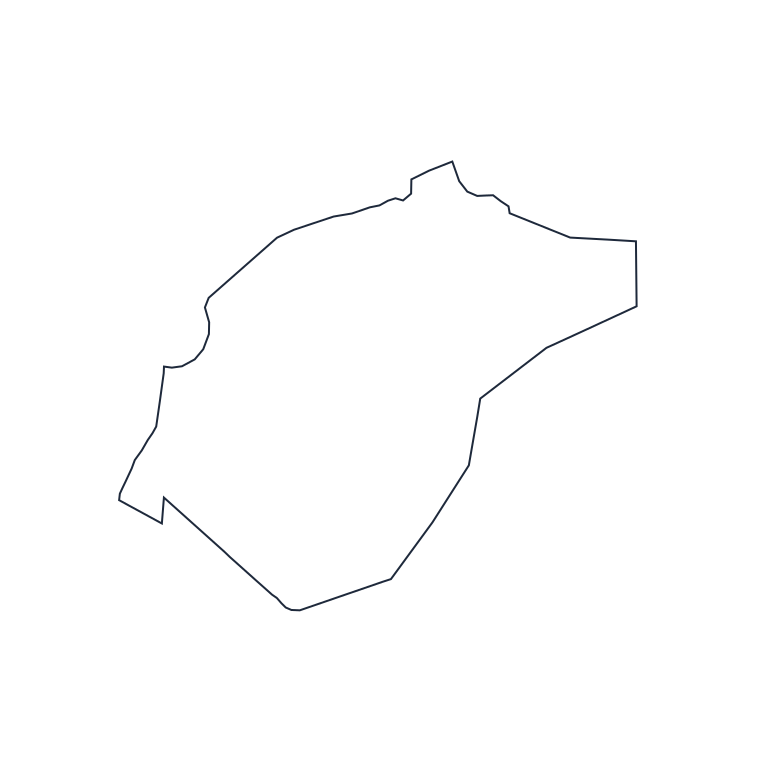 outline of Cocal dos Alves, Piauí, Brazil, rotated 244°
{"feature_id": "56859067B52920655521033", "entity_name": "Cocal dos Alves", "entity_type": "district", "adm_level": 2, "iso_a3": "BRA", "parent_name": "Brazil", "parent_adm1": "Piauí", "projection": "equal_earth", "projection_center": [-41.408, -3.638], "detail": "fine", "context": "isolated", "style": "outline", "palette": "slate", "viewbox_px": 768, "rotation_deg": 244, "n_neighbors": 0, "source": "geoboundaries", "source_scale": "gbopen_adm2", "svg_char_len": 1016}
<svg xmlns="http://www.w3.org/2000/svg" viewBox="0 0 768 768"><g transform="rotate(244 384 384)"><path d="M205.6,304.7L238.4,366.9L273.7,424.6L281.2,430.0L292.0,437.8L313.7,453.5L328.7,464.1L345.3,545.9L344.4,582.6L343.1,645.1L401.8,673.0L414.9,649.8L434.0,615.5L482.4,571.8L489.1,573.8L497.1,569.1L505.8,564.8L508.8,558.1L512.2,550.2L520.4,543.2L533.3,540.5L554.0,542.9L556.0,518.0L555.9,498.3L543.2,491.8L540.6,481.6L545.9,475.7L547.0,467.9L546.5,458.2L549.0,448.7L551.3,430.0L556.6,412.1L559.4,391.1L562.1,370.7L562.4,352.0L538.3,264.2L531.3,256.6L516.1,253.9L505.6,248.5L494.5,236.8L489.1,224.7L488.5,210.2L491.7,200.5L496.1,193.9L490.2,190.7L466.5,174.8L445.6,160.6L441.3,154.4L437.2,147.1L430.5,137.2L424.9,126.7L418.6,120.1L413.6,113.9L409.4,108.7L405.3,103.5L401.2,98.5L395.7,95.0L386.8,101.3L356.0,123.2L378.4,136.4L303.2,167.0L296.1,169.6L264.5,182.5L243.8,191.0L238.6,193.9L231.9,195.7L226.2,197.7L221.5,201.7L217.5,209.1L206.8,296.2L205.6,304.7Z" fill="none" stroke="#1e293b" stroke-width="2"/></g></svg>